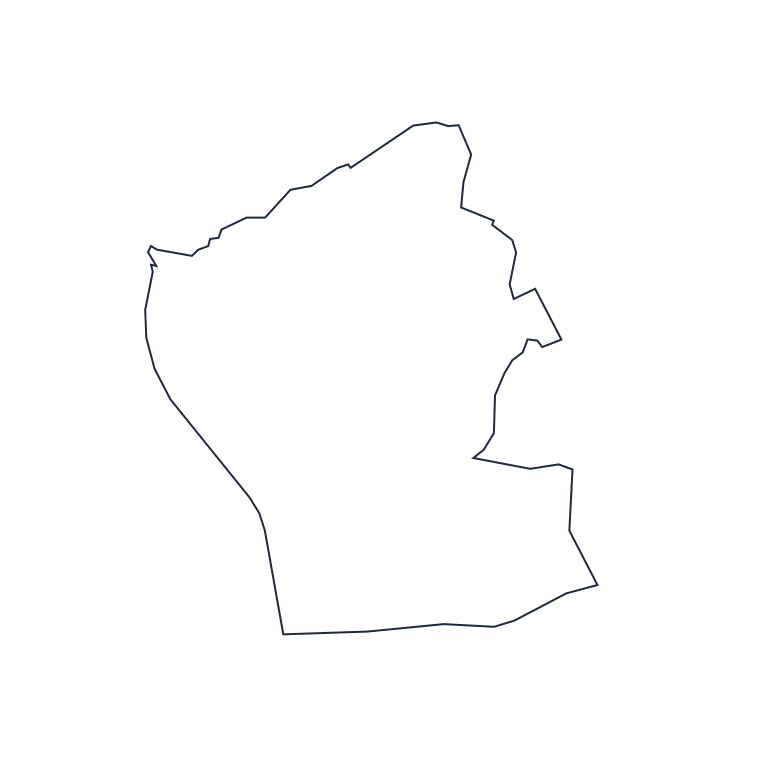 outline of Tallaght Central Lea-6, South Dublin, Ireland, rotated 198°
{"feature_id": "5873133B96675921323266", "entity_name": "Tallaght Central Lea-6", "entity_type": "district", "adm_level": 2, "iso_a3": "IRL", "parent_name": "Ireland", "parent_adm1": "South Dublin", "projection": "orthographic", "projection_center": [-6.369, 53.294], "detail": "fine", "context": "isolated", "style": "outline", "palette": "slate", "viewbox_px": 768, "rotation_deg": 198, "n_neighbors": 0, "source": "geoboundaries", "source_scale": "gbopen_adm2", "svg_char_len": 922}
<svg xmlns="http://www.w3.org/2000/svg" viewBox="0 0 768 768"><g transform="rotate(198 384 384)"><path d="M118.9,258.8L162.4,301.8L178.3,361.0L193.1,361.5L218.8,348.5L276.1,341.2L268.8,352.4L264.3,371.2L274.9,407.5L272.8,431.6L269.3,446.3L261.8,457.1L261.2,470.8L251.6,472.7L245.0,468.0L229.0,481.1L269.7,521.2L286.9,505.0L295.3,517.6L299.0,549.9L306.5,560.5L330.3,568.8L330.1,573.3L365.2,575.7L370.8,600.5L372.0,629.1L393.0,653.2L402.6,649.1L414.8,649.0L436.1,638.8L482.5,579.3L486.0,581.7L495.1,574.9L514.2,550.0L533.0,539.8L548.5,505.5L566.1,499.8L586.3,480.7L586.5,471.9L594.2,468.2L593.8,460.9L602.2,454.2L606.3,446.5L641.5,441.6L648.3,443.2L649.1,436.4L637.1,425.9L642.4,425.4L638.6,419.3L634.0,380.6L624.4,354.6L607.0,327.7L582.4,303.4L477.2,234.8L462.8,222.7L452.2,208.1L402.4,114.8L323.6,143.3L253.0,174.1L204.3,187.1L187.1,199.1L145.8,241.3L118.9,258.8Z" fill="none" stroke="#1e293b" stroke-width="2"/></g></svg>